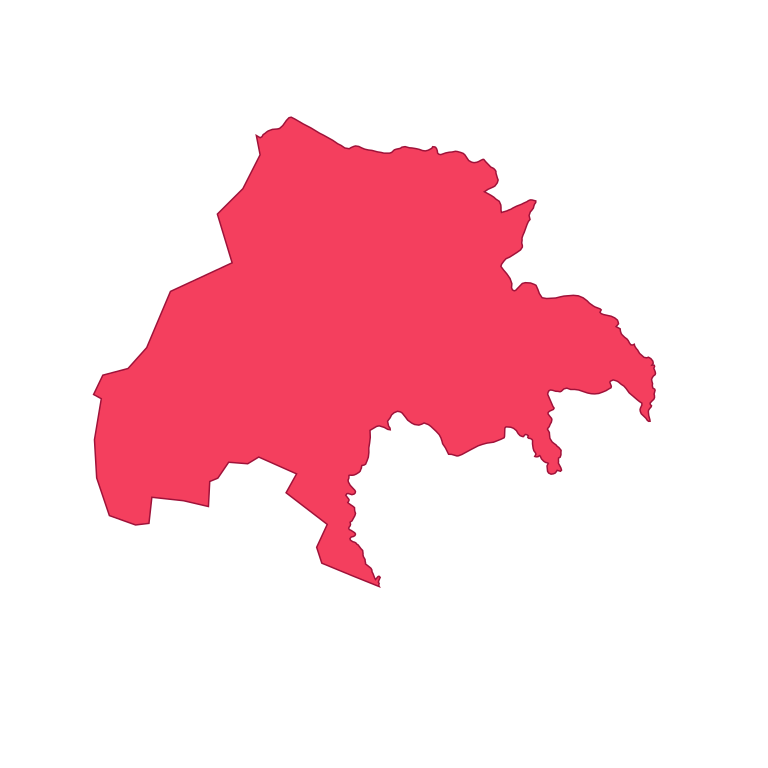 outline of Goris, Syunik, Armenia, rotated 28°
{"feature_id": "60910142B80914034873135", "entity_name": "Goris", "entity_type": "district", "adm_level": 2, "iso_a3": "ARM", "parent_name": "Armenia", "parent_adm1": "Syunik", "projection": "robinson", "projection_center": [46.432, 39.469], "detail": "fine", "context": "isolated", "style": "filled", "palette": "rose", "viewbox_px": 768, "rotation_deg": 28, "n_neighbors": 0, "source": "geoboundaries", "source_scale": "gbopen_adm2", "svg_char_len": 6170}
<svg xmlns="http://www.w3.org/2000/svg" viewBox="0 0 768 768"><g transform="rotate(28 384 384)"><path d="M475.0,565.1L473.9,564.3L473.3,562.3L472.1,561.7L471.7,559.9L471.4,556.5L469.8,556.1L469.1,556.9L468.3,560.6L467.1,559.9L463.3,556.6L461.7,555.5L460.5,553.8L458.9,552.8L452.1,551.5L451.4,550.2L450.6,549.4L449.6,547.8L447.0,546.2L445.7,544.8L445.0,543.4L443.3,541.0L440.9,540.2L436.6,538.2L435.3,538.2L433.7,537.5L432.3,537.5L430.5,537.9L427.6,537.6L426.5,536.5L426.9,534.5L428.7,532.9L429.5,531.4L429.3,529.9L428.0,529.1L423.7,528.7L421.7,528.8L420.5,527.9L420.4,526.6L420.7,525.1L420.3,523.5L418.9,522.0L420.0,519.9L420.1,514.0L419.6,511.6L418.0,510.1L417.3,509.2L416.0,507.0L414.2,506.6L409.7,506.1L407.7,505.7L407.8,503.4L407.3,502.4L402.5,500.2L402.7,498.3L403.7,497.5L407.6,496.8L409.2,495.3L409.7,493.9L409.4,492.5L408.3,491.6L401.7,489.3L398.5,487.2L397.4,485.7L397.2,483.6L396.0,481.2L396.7,480.5L398.6,479.6L400.2,478.5L401.8,476.5L403.4,473.7L403.9,472.0L403.6,470.6L403.5,468.6L403.2,468.4L402.7,466.3L404.4,465.0L405.4,463.4L405.1,459.9L404.5,455.9L402.8,451.6L400.6,447.6L399.0,442.9L396.9,437.5L393.4,431.5L397.4,424.9L399.4,423.2L404.6,422.2L408.6,422.3L411.0,421.5L410.0,420.1L407.8,419.0L404.6,415.2L405.3,410.9L405.2,407.7L406.4,404.6L408.7,401.8L411.6,400.9L413.7,401.1L418.8,403.3L421.9,404.8L426.8,405.5L430.0,405.4L434.1,403.9L436.2,401.7L437.7,399.6L442.3,399.0L445.2,399.4L452.2,401.3L456.5,402.8L459.6,404.9L462.2,407.4L463.8,409.2L468.3,411.6L474.0,415.7L476.7,414.4L482.2,413.3L483.5,412.4L485.9,409.6L491.4,401.3L496.2,394.3L499.3,391.0L502.6,387.9L508.1,383.9L513.2,377.9L515.3,375.0L515.0,373.6L511.4,366.2L511.9,364.5L516.3,362.6L519.3,362.3L522.8,363.0L525.7,364.8L528.4,365.7L531.0,365.4L531.9,364.9L532.0,363.6L532.5,362.2L533.9,361.7L535.6,361.9L536.0,363.7L537.3,364.0L538.8,363.4L540.8,363.5L541.8,364.3L543.2,367.1L545.9,370.8L547.7,372.6L549.9,373.6L551.1,374.6L551.1,377.2L552.5,376.9L554.1,375.9L555.1,374.1L556.0,374.5L558.2,376.2L561.3,377.2L563.4,377.4L564.8,377.0L566.3,376.9L566.4,379.8L569.4,384.3L571.1,385.3L573.8,385.2L575.6,383.9L576.9,382.4L577.3,380.6L577.4,378.9L580.8,378.2L581.2,376.7L579.4,374.9L575.1,372.0L574.5,370.5L573.6,369.0L572.9,367.4L573.9,365.9L573.5,363.5L573.2,362.9L572.4,361.5L571.5,359.4L568.2,358.0L566.1,357.7L564.5,357.0L562.1,356.7L559.6,356.2L556.0,354.1L553.5,350.4L552.8,349.2L549.5,347.1L549.5,345.9L549.9,344.1L549.6,341.5L549.7,339.2L549.0,336.7L548.1,335.7L545.2,334.5L542.9,333.4L542.3,332.1L542.9,330.3L545.5,326.9L545.5,325.4L543.7,324.5L533.3,316.2L532.8,314.5L532.8,312.5L533.8,311.1L535.8,310.4L539.0,309.8L540.9,308.9L543.1,308.2L544.0,307.1L545.1,303.9L547.4,301.8L551.4,301.2L554.9,299.3L558.7,297.9L567.8,296.4L571.5,295.3L574.7,293.8L578.1,291.5L580.9,288.4L583.2,285.6L584.7,283.0L586.2,280.7L585.8,279.3L582.5,276.4L582.6,275.2L584.4,272.8L587.9,272.1L589.9,272.1L593.5,272.9L596.8,273.2L600.0,274.4L604.6,276.7L615.3,279.1L618.0,279.6L620.6,279.8L621.6,281.6L621.7,284.6L622.1,286.4L623.2,287.9L625.1,289.5L631.4,291.3L633.6,292.5L635.2,292.7L636.4,292.0L635.6,290.8L632.6,287.6L630.5,284.5L629.9,283.0L630.1,280.9L630.6,278.7L630.4,277.6L628.8,277.1L627.9,276.0L628.5,273.5L629.4,270.8L629.2,268.9L628.2,267.2L627.2,266.1L626.3,262.3L625.5,261.5L623.2,261.3L621.7,259.5L620.9,257.5L619.4,256.0L618.1,254.3L617.9,252.6L618.1,250.5L619.0,248.5L618.7,247.1L617.6,245.8L614.8,243.4L614.7,241.5L613.9,240.6L612.6,240.9L611.7,241.6L612.0,239.4L611.4,238.5L610.5,237.5L607.7,236.3L604.9,236.2L603.6,237.6L601.0,238.4L595.3,237.0L591.9,234.9L590.2,234.3L587.7,232.9L586.3,231.4L585.4,232.7L583.7,233.5L581.7,232.7L579.4,231.1L577.4,230.2L574.6,229.8L571.2,228.8L569.9,228.2L568.1,226.5L566.6,224.4L562.0,224.4L562.2,223.3L562.8,220.7L561.6,219.3L560.1,218.0L556.7,217.3L552.8,217.5L545.3,219.6L542.7,219.9L541.0,219.3L541.0,216.6L539.6,216.2L534.1,216.9L531.8,216.8L527.4,216.2L524.3,215.2L519.4,214.4L514.2,214.9L509.6,216.8L501.6,221.9L498.5,224.5L495.2,227.5L487.4,232.2L483.1,233.6L478.7,231.2L475.6,228.4L471.9,225.5L470.0,225.5L466.0,226.0L461.2,228.2L458.9,230.3L457.0,236.9L456.3,239.5L455.2,240.6L453.2,240.6L451.4,239.1L449.8,235.4L445.8,231.7L440.8,229.1L436.0,227.2L432.0,225.3L431.6,222.9L432.2,219.0L432.9,216.1L435.4,212.9L439.9,204.9L441.6,201.5L441.9,198.2L441.1,196.7L439.4,194.9L438.4,192.2L437.3,190.3L436.8,187.2L436.6,184.2L435.4,176.0L435.2,172.7L435.7,170.2L433.0,167.1L432.4,163.4L432.9,161.4L433.3,158.5L432.7,156.2L432.5,154.3L432.8,152.6L432.1,151.1L428.3,152.0L426.7,152.8L425.3,154.5L424.7,155.8L422.3,158.9L421.0,160.8L417.6,164.7L415.1,168.2L414.1,170.0L412.3,172.0L411.4,173.3L407.2,177.4L405.7,175.6L404.5,173.3L403.1,171.1L400.0,168.6L396.0,168.2L393.4,167.5L390.1,167.2L382.4,167.1L384.4,163.3L388.0,158.7L389.0,157.1L389.6,153.2L389.0,150.3L387.4,148.9L383.8,145.2L383.0,143.7L381.9,143.0L379.7,142.2L376.4,142.3L369.4,140.0L366.8,138.9L366.0,139.1L364.8,140.6L363.1,143.2L361.9,144.6L359.6,146.3L357.2,147.0L353.8,146.9L347.8,143.7L345.7,143.2L343.3,143.5L339.6,144.3L337.8,145.0L335.2,147.2L332.7,148.8L330.0,151.0L326.5,154.8L324.5,155.4L323.0,155.0L321.4,152.9L320.0,151.6L318.5,150.8L317.6,150.8L315.6,151.6L315.5,153.5L313.3,156.8L311.1,158.8L308.4,159.8L304.9,160.3L301.6,161.2L297.8,162.5L295.6,163.5L291.2,164.5L288.6,166.5L287.8,168.2L284.6,170.9L283.2,172.4L282.0,176.0L280.5,177.6L275.6,180.2L272.7,180.9L269.3,182.1L263.7,183.4L260.4,184.7L256.7,185.7L253.5,186.0L250.2,186.1L247.1,187.2L245.8,188.4L244.0,190.6L242.8,192.6L238.6,194.0L234.2,193.5L230.3,193.6L224.3,192.9L213.6,192.7L209.3,192.8L199.3,192.2L190.4,192.3L180.8,191.9L176.8,192.0L175.1,193.5L174.1,197.1L173.3,203.4L171.8,207.4L170.1,208.9L165.9,211.6L162.9,215.0L162.0,216.7L161.4,218.3L160.2,220.6L160.2,222.9L159.0,224.7L154.6,224.5L167.0,239.8L167.7,277.8L157.1,312.2L193.0,348.3L152.0,402.5L157.4,463.3L150.7,490.5L131.6,508.2L132.5,529.6L141.3,529.7L154.5,569.1L174.4,601.8L203.3,629.1L230.8,625.1L241.9,617.4L232.2,593.0L261.7,581.2L286.5,574.6L275.9,551.9L281.5,545.1L283.6,526.0L301.1,518.4L307.7,507.3L349.0,504.4L348.6,526.0L399.8,534.6L401.2,559.8L413.2,571.4L445.9,568.2L475.0,565.1Z" fill="#f43f5e" stroke="#9f1239" stroke-width="1.5"/></g></svg>